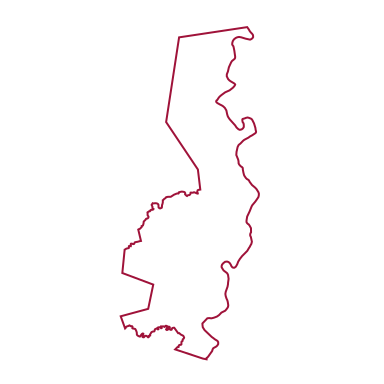 the district of San Miguel (La Dorada), Putumayo, Colombia, rotated 272°
{"feature_id": "7082276B25468013916959", "entity_name": "San Miguel (La Dorada)", "entity_type": "district", "adm_level": 2, "iso_a3": "COL", "parent_name": "Colombia", "parent_adm1": "Putumayo", "projection": "robinson", "projection_center": [-76.899, 0.311], "detail": "fine", "context": "isolated", "style": "outline", "palette": "rose", "viewbox_px": 384, "rotation_deg": 272, "n_neighbors": 0, "source": "geoboundaries", "source_scale": "gbopen_adm2", "svg_char_len": 5965}
<svg xmlns="http://www.w3.org/2000/svg" viewBox="0 0 384 384"><g transform="rotate(272 192 192)"><path d="M25.3,212.4L26.7,212.4L27.2,213.2L28.6,214.3L29.9,215.1L33.8,217.7L35.5,218.1L36.7,218.8L38.4,221.6L39.5,222.7L41.0,223.5L42.9,223.4L44.1,222.6L45.7,219.8L46.7,218.5L47.8,216.8L54.4,209.4L57.2,207.5L59.6,207.1L61.0,207.0L66.3,211.7L66.5,212.7L66.6,214.0L66.4,215.6L66.8,217.2L67.3,218.7L68.4,221.3L70.0,223.4L72.5,225.6L74.5,229.3L76.1,230.6L77.9,231.8L79.5,232.2L80.6,232.1L83.3,231.6L85.0,231.1L86.7,230.2L89.2,229.3L91.3,228.9L93.5,229.2L98.5,230.8L101.1,231.2L102.5,231.2L106.5,231.6L110.4,230.9L111.9,230.1L112.5,229.4L114.7,226.3L116.9,224.8L118.0,224.2L119.1,224.2L120.5,224.6L122.0,225.8L123.4,227.5L123.7,229.4L123.3,230.9L122.3,232.2L120.7,233.3L119.4,233.9L118.2,234.9L117.8,235.8L117.8,236.9L118.3,237.7L118.9,238.4L120.0,239.0L121.3,239.7L124.0,240.6L126.8,242.2L129.7,244.3L135.1,249.3L137.9,250.8L139.3,251.7L140.5,252.2L142.1,253.1L144.4,253.6L149.1,252.4L150.2,251.8L151.1,251.6L152.7,251.8L153.7,252.4L154.2,252.4L157.9,252.2L160.3,250.8L161.6,249.8L162.1,248.9L163.0,248.0L163.9,247.5L165.6,247.5L169.4,248.0L174.7,250.3L179.7,252.1L180.9,252.7L184.6,255.6L188.0,257.8L189.4,258.6L191.1,258.9L192.7,258.9L194.1,258.4L197.1,256.4L198.6,254.9L201.1,251.7L204.1,249.3L205.7,248.4L206.4,247.4L206.9,246.4L207.7,245.5L209.7,244.0L210.8,243.4L213.2,242.7L216.3,242.0L217.7,241.9L218.5,241.3L219.0,240.4L219.9,239.3L221.1,238.2L222.2,237.6L224.4,237.4L226.0,237.0L230.5,235.0L233.7,235.1L235.2,235.4L238.5,236.0L240.5,236.9L241.3,237.7L242.0,238.6L244.9,241.2L245.7,242.1L246.3,243.0L248.3,246.5L249.6,248.1L250.6,249.9L251.8,251.6L253.1,253.4L254.0,253.9L254.7,253.9L256.5,253.4L258.3,253.1L262.7,251.6L265.8,249.9L266.7,249.3L267.4,248.3L268.1,246.3L268.4,245.0L268.0,243.4L267.4,242.1L266.8,240.2L266.4,239.8L265.5,239.8L264.4,240.0L263.6,240.2L262.4,241.1L261.0,241.4L258.8,241.5L257.5,240.8L256.8,240.1L256.3,239.4L255.8,237.6L256.3,236.3L257.1,235.3L258.1,234.2L260.1,232.8L265.9,227.2L267.9,225.7L269.2,225.0L271.0,224.4L274.7,223.5L277.2,221.9L278.7,220.2L279.6,218.7L280.3,217.1L281.8,214.2L282.6,213.3L283.1,213.0L283.9,213.1L284.4,213.4L284.8,214.0L287.0,215.3L288.2,216.2L289.8,217.9L292.8,221.7L294.9,226.0L297.6,229.2L299.1,230.5L300.3,231.2L300.9,231.4L301.6,230.9L302.1,230.2L303.9,226.9L304.8,225.5L306.2,224.1L308.9,222.7L310.9,222.7L313.7,223.7L317.9,224.5L319.4,225.1L323.0,226.6L324.3,227.4L326.5,229.9L327.5,230.4L328.9,230.4L334.6,229.4L338.4,228.5L339.2,228.2L340.3,227.3L341.0,227.0L342.6,227.1L344.2,227.5L345.9,228.5L347.4,230.2L348.2,231.8L348.6,233.6L348.3,235.8L347.1,240.3L346.3,244.7L346.9,246.0L347.9,247.1L349.0,247.7L350.9,247.5L352.2,246.6L353.5,245.2L354.8,244.1L356.3,243.2L358.7,241.4L346.1,173.7L261.0,163.7L214.7,197.1L194.7,200.2L194.3,198.2L193.9,197.6L192.5,197.2L192.0,197.2L191.7,197.2L191.0,197.9L190.6,197.8L190.6,197.5L190.7,197.1L191.8,194.3L191.8,193.9L191.6,193.7L191.3,192.7L191.4,190.9L191.3,190.6L190.3,190.5L189.6,190.3L189.3,190.0L188.8,189.3L188.7,188.4L188.3,187.5L187.9,187.3L187.8,187.2L188.0,186.7L189.4,185.2L190.5,185.3L191.5,184.7L191.8,184.0L192.0,182.6L192.0,181.4L191.3,179.0L191.2,178.9L190.6,178.9L190.0,178.5L190.0,178.1L190.1,177.5L189.7,176.3L189.2,175.3L188.8,174.3L186.5,171.0L186.3,167.7L186.0,167.0L186.0,166.5L184.9,165.6L184.2,164.6L183.5,163.9L182.9,163.5L182.7,163.1L180.7,163.2L179.0,162.9L177.9,162.5L176.5,162.5L175.8,162.2L175.4,162.4L175.2,162.3L174.5,160.9L174.5,160.6L174.6,160.1L175.3,159.2L175.6,159.1L178.1,158.9L178.7,158.5L179.0,158.1L179.3,157.5L179.5,156.5L179.5,155.5L179.2,153.8L179.4,153.1L178.5,152.6L178.0,152.2L177.7,152.1L175.9,153.0L174.7,153.0L173.9,153.7L173.7,154.1L173.3,154.0L172.9,153.3L172.7,151.7L172.3,151.1L171.7,151.0L171.3,150.6L171.3,149.9L170.9,149.5L170.2,148.3L170.0,148.2L169.0,148.4L167.5,148.4L167.1,148.5L166.2,149.2L165.8,149.4L164.9,149.3L164.6,149.1L164.0,148.5L163.9,147.8L163.6,147.1L162.5,146.4L160.8,144.8L158.6,144.6L157.4,144.3L156.9,144.1L156.5,143.7L156.2,142.9L155.6,143.0L155.2,142.9L154.5,142.2L154.0,141.8L153.5,141.3L153.2,140.8L153.1,140.4L152.6,139.6L141.3,142.7L141.1,141.7L140.3,139.2L140.1,137.9L139.6,136.5L138.2,136.0L137.9,135.4L137.9,134.8L138.1,134.3L138.3,133.7L138.2,132.8L138.1,132.7L137.7,132.6L136.7,132.6L136.3,132.8L135.7,132.7L135.8,131.0L135.6,130.8L134.2,130.9L133.7,130.7L133.3,128.9L132.9,128.0L132.1,127.0L132.0,126.7L108.6,125.2L98.1,156.5L73.7,152.3L65.3,125.1L53.3,129.9L53.8,130.4L54.9,130.9L55.4,131.7L55.9,133.1L56.5,134.1L56.5,134.3L55.8,135.2L55.8,136.5L55.7,136.9L55.1,137.3L53.9,137.1L53.6,137.4L53.5,137.8L53.3,139.3L53.1,140.0L52.8,140.3L51.3,141.1L49.7,141.7L47.5,141.9L47.2,142.1L46.6,142.7L45.8,144.4L45.7,145.0L45.9,145.4L46.9,145.8L48.3,146.8L48.6,147.2L48.9,147.8L48.7,148.3L48.3,148.3L47.4,148.1L46.3,147.6L45.4,147.7L45.1,148.3L45.2,149.0L45.8,149.6L46.5,150.0L46.7,151.0L46.5,151.8L45.3,153.1L45.3,153.5L45.7,153.9L46.4,153.7L46.7,153.9L46.9,154.9L47.1,155.2L47.7,155.0L48.0,155.0L50.5,156.4L51.1,157.5L51.4,159.1L52.0,159.5L53.1,159.6L53.8,160.1L54.3,161.5L54.2,161.9L53.5,162.7L53.5,162.9L53.7,163.2L54.1,163.1L54.8,162.4L55.1,162.3L55.5,162.9L55.7,163.9L55.7,164.8L55.2,165.5L54.8,165.8L54.8,166.2L54.9,166.4L55.3,166.4L56.0,165.4L56.6,165.6L56.7,167.7L56.7,168.3L56.2,169.2L56.5,169.7L57.3,170.2L57.4,170.8L57.2,171.5L56.1,171.6L55.1,172.1L54.6,171.9L54.2,171.1L53.8,170.9L53.5,171.1L53.2,171.7L53.4,172.3L54.1,173.3L54.7,173.4L55.1,172.6L55.3,172.5L56.0,172.6L56.6,173.0L56.5,174.1L56.2,174.4L55.7,174.6L54.4,174.5L53.7,175.0L53.5,175.6L53.6,176.2L53.8,176.5L55.1,176.9L55.4,177.2L55.7,178.3L55.7,179.0L50.4,183.1L50.5,184.2L49.2,185.7L48.1,188.1L47.7,188.5L46.3,189.2L45.3,188.9L44.4,187.9L42.9,187.8L42.6,187.6L42.5,187.3L42.1,186.8L41.7,186.7L39.3,186.7L38.9,186.2L38.8,185.3L38.7,184.8L38.5,184.5L38.0,184.1L37.5,184.0L36.8,184.1L36.6,184.0L36.5,182.9L36.3,182.7L34.1,180.7L25.9,208.7L25.3,212.4Z" fill="none" stroke="#9f1239" stroke-width="2"/></g></svg>